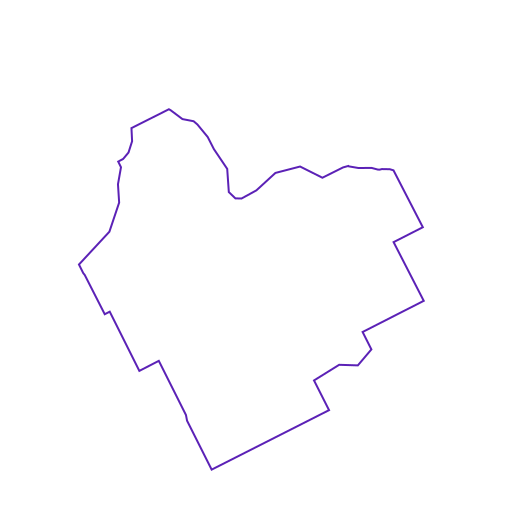 Dakota, Minnesota, United States of America, rotated 333°
{"feature_id": "52423323B20975718145591", "entity_name": "Dakota", "entity_type": "district", "adm_level": 2, "iso_a3": "USA", "parent_name": "United States of America", "parent_adm1": "Minnesota", "projection": "albers", "projection_center": [-93.038, 44.696], "detail": "fine", "context": "isolated", "style": "outline", "palette": "violet", "viewbox_px": 512, "rotation_deg": 333, "n_neighbors": 0, "source": "geoboundaries", "source_scale": "gbopen_adm2", "svg_char_len": 828}
<svg xmlns="http://www.w3.org/2000/svg" viewBox="0 0 512 512"><g transform="rotate(333 256 256)"><path d="M251.1,426.5L251.2,393.2L280.7,390.7L297.1,399.7L316.4,391.6L316.5,372.1L385.1,372.1L384.9,306.1L417.7,306.1L417.4,242.1L414.6,239.4L407.6,235.7L405.4,235.2L403.9,234.4L399.0,230.0L387.2,224.1L379.3,218.2L379.2,217.7L373.8,216.6L350.7,216.4L335.9,196.3L311.0,190.8L286.1,197.7L269.2,198.2L263.8,195.3L260.8,186.7L269.9,165.3L267.0,141.6L267.0,128.1L263.5,112.2L261.6,107.6L252.6,100.6L246.1,87.3L245.0,85.7L203.1,85.5L197.7,97.5L189.4,105.9L181.7,109.2L176.1,109.3L176.0,115.6L165.6,129.4L158.3,146.3L136.4,167.8L94.4,183.2L94.3,192.8L94.8,195.2L94.8,217.2L94.8,239.2L100.4,239.2L100.2,266.7L99.9,305.4L121.8,305.3L121.4,365.9L119.8,371.4L119.5,426.2L251.1,426.5Z" fill="none" stroke="#5b21b6" stroke-width="2"/></g></svg>